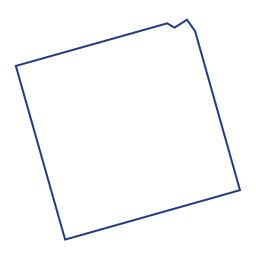 Kalkaska, Michigan, United States of America, rotated 74°
{"feature_id": "52423323B14984723177246", "entity_name": "Kalkaska", "entity_type": "district", "adm_level": 2, "iso_a3": "USA", "parent_name": "United States of America", "parent_adm1": "Michigan", "projection": "albers", "projection_center": [-85.144, 44.685], "detail": "fine", "context": "isolated", "style": "outline", "palette": "blue", "viewbox_px": 256, "rotation_deg": 74, "n_neighbors": 0, "source": "geoboundaries", "source_scale": "gbopen_adm2", "svg_char_len": 251}
<svg xmlns="http://www.w3.org/2000/svg" viewBox="0 0 256 256"><g transform="rotate(74 128 128)"><path d="M217.9,219.2L218.6,37.5L53.6,36.8L40.2,41.4L44.3,55.7L38.2,61.5L37.4,218.7L217.9,219.2Z" fill="none" stroke="#1e3a8a" stroke-width="2"/></g></svg>